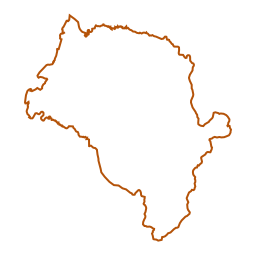 outline of Timbiquí, Cauca, Colombia
{"feature_id": "7082276B54920381077672", "entity_name": "Timbiquí", "entity_type": "district", "adm_level": 2, "iso_a3": "COL", "parent_name": "Colombia", "parent_adm1": "Cauca", "projection": "natural_earth1", "projection_center": [-77.548, 2.664], "detail": "fine", "context": "isolated", "style": "outline", "palette": "amber", "viewbox_px": 256, "rotation_deg": 0, "n_neighbors": 0, "source": "geoboundaries", "source_scale": "gbopen_adm2", "svg_char_len": 5689}
<svg xmlns="http://www.w3.org/2000/svg" viewBox="0 0 256 256"><path d="M193.6,190.1L194.4,189.3L194.8,187.5L195.3,186.6L194.6,183.4L195.3,182.0L195.3,180.0L194.8,179.0L195.2,177.1L193.7,175.3L193.2,174.3L192.9,172.3L193.0,171.0L193.5,169.9L195.1,168.0L195.9,167.6L197.0,167.5L197.6,165.6L197.9,165.2L198.8,165.6L199.9,164.3L201.7,162.8L202.0,161.5L201.1,157.9L201.5,157.0L205.4,154.4L205.9,153.3L207.2,152.1L208.0,152.0L210.2,152.3L210.7,151.8L210.9,150.8L211.6,149.6L212.0,147.4L211.4,146.8L210.4,141.4L209.4,140.0L209.7,139.1L212.0,138.5L213.0,137.6L214.7,136.9L217.0,137.5L219.3,137.0L221.4,137.4L224.1,137.2L226.3,136.4L228.9,135.3L229.4,134.7L230.5,132.6L230.6,131.1L231.0,129.7L229.9,127.8L229.6,126.0L228.7,125.7L227.7,126.2L227.4,125.7L228.1,124.5L228.3,122.8L229.3,121.1L229.4,119.3L227.7,116.6L226.2,115.1L223.6,113.8L221.0,113.5L220.0,113.6L219.3,113.9L218.3,113.1L215.3,112.3L213.7,112.8L212.8,117.1L212.2,118.2L209.6,120.6L208.8,121.9L204.9,124.2L203.3,126.1L201.1,125.8L199.9,125.3L198.4,124.3L198.2,123.0L198.5,118.6L197.4,117.2L197.1,114.7L196.0,113.2L195.6,112.0L192.6,107.5L191.0,102.6L191.1,100.5L193.1,95.9L193.3,94.3L192.4,89.8L191.7,88.4L191.7,84.8L189.9,81.0L189.1,78.5L189.0,77.6L189.9,74.7L192.5,70.5L192.8,67.3L193.8,65.7L193.9,64.6L193.4,63.5L192.1,63.1L190.2,60.7L190.1,56.9L189.6,55.6L188.8,55.2L187.7,55.3L186.9,56.0L186.5,57.8L185.5,58.0L184.6,57.2L183.1,54.9L179.6,54.7L179.1,54.4L178.7,53.1L179.1,50.1L179.0,47.4L178.0,46.7L174.2,46.6L173.3,45.6L172.8,44.3L171.8,43.9L170.4,41.9L169.6,41.4L169.1,39.9L168.5,39.6L167.6,39.8L167.1,39.7L166.6,38.1L166.5,37.0L166.0,36.6L164.9,36.7L163.4,38.6L161.5,39.0L156.0,36.6L154.1,36.2L152.4,35.1L151.3,35.6L150.2,35.4L149.4,35.6L148.0,33.8L146.8,33.2L146.4,32.5L145.9,33.1L144.8,32.7L143.1,32.7L141.7,33.5L139.9,32.7L139.4,33.2L138.7,33.2L136.8,32.8L135.0,31.7L133.0,31.5L131.4,30.2L130.3,29.9L129.3,29.3L128.0,27.9L126.8,28.3L126.3,26.4L125.3,27.5L125.3,28.2L124.3,27.9L124.1,28.4L122.7,28.3L121.7,27.3L122.0,26.8L121.1,26.4L120.2,26.3L119.8,26.8L119.0,26.6L118.3,27.4L117.9,27.1L117.6,26.4L117.2,27.2L116.9,26.8L116.0,27.2L115.5,27.0L115.7,27.6L115.0,27.7L115.1,28.6L114.7,29.0L113.0,28.2L112.1,28.5L111.7,28.3L111.7,29.4L111.0,29.0L110.6,28.3L110.8,27.9L110.2,27.8L110.4,26.6L109.8,26.6L109.8,27.2L109.5,27.4L108.4,26.7L108.1,27.6L107.9,26.2L106.9,26.3L105.7,25.7L105.0,25.8L104.1,25.2L103.6,24.4L103.2,24.4L102.7,25.3L101.2,25.7L100.0,26.4L98.6,26.1L97.2,26.2L96.0,25.4L95.2,26.5L94.7,28.3L92.2,28.8L92.2,30.8L91.4,31.8L90.5,32.0L89.8,31.7L89.3,31.2L88.9,30.0L88.2,30.0L87.7,30.7L87.6,31.5L87.8,32.1L88.8,33.0L88.7,34.2L88.4,34.6L87.9,34.7L86.9,33.2L86.1,33.2L85.9,34.4L86.5,35.3L86.7,36.0L86.2,36.5L85.6,36.5L84.8,35.5L85.3,34.5L85.2,32.9L82.3,31.9L80.8,30.4L79.6,28.6L79.0,26.8L78.1,22.1L74.6,19.0L69.7,15.4L69.2,19.9L68.2,21.1L67.9,21.1L68.0,20.6L66.6,20.8L64.1,25.8L63.3,27.2L62.8,27.5L62.1,29.2L62.7,30.1L62.5,30.5L62.7,32.1L63.3,32.6L64.0,32.6L64.1,32.8L62.7,33.6L61.5,33.5L60.8,33.9L60.0,35.2L60.2,37.4L60.0,38.2L60.5,39.0L61.5,39.3L58.7,49.2L58.3,49.3L57.7,48.9L57.1,49.1L57.2,51.3L56.2,55.8L54.9,58.6L54.7,60.2L53.9,60.7L54.0,61.7L53.2,61.9L53.0,62.6L53.1,63.2L52.3,64.2L49.3,64.8L48.0,64.6L46.5,65.1L39.5,72.4L37.5,75.6L37.8,76.8L38.6,77.7L40.2,76.9L42.7,77.4L44.9,78.5L46.8,78.7L47.2,79.3L46.9,79.8L45.2,82.1L45.0,83.2L43.3,84.5L42.5,85.9L42.1,86.9L42.1,88.4L40.2,89.8L37.3,88.0L35.6,89.4L32.1,91.1L31.8,90.6L31.4,90.9L30.5,90.8L30.9,89.2L30.3,89.0L28.8,89.7L27.5,90.9L27.2,91.6L26.0,95.1L25.0,102.4L25.4,103.4L26.1,103.5L28.5,101.9L28.7,103.1L28.1,104.2L27.7,105.8L28.0,106.6L27.8,107.1L27.9,107.6L26.8,110.4L26.7,111.7L27.5,114.1L29.2,115.6L29.3,116.3L29.8,116.7L29.2,117.4L30.5,118.3L32.4,118.3L33.1,117.5L35.4,113.4L36.8,113.2L38.3,114.1L39.1,114.2L39.8,113.7L41.0,112.1L41.7,111.8L42.4,111.8L43.1,112.3L43.5,112.9L43.5,114.9L43.1,115.5L41.2,117.2L41.0,118.1L41.4,119.3L42.6,120.4L43.4,120.6L43.9,120.4L45.0,118.6L46.4,117.5L47.7,117.7L48.4,118.7L49.0,118.7L49.0,116.8L49.3,116.5L49.9,116.5L50.4,117.1L50.6,118.0L51.5,118.5L51.4,119.7L51.7,120.0L53.4,119.8L54.3,120.5L55.2,120.4L55.7,120.8L55.7,121.2L56.3,121.3L56.8,122.3L57.9,122.4L57.6,122.8L57.9,123.7L58.4,123.7L58.5,123.3L58.8,123.3L59.3,124.5L59.6,124.3L60.2,124.6L60.5,125.2L61.2,125.3L61.4,125.8L62.2,126.4L62.4,126.1L62.5,126.3L62.8,126.2L65.5,128.0L66.3,128.3L67.1,128.2L68.6,126.9L69.0,126.2L72.9,126.4L73.4,127.8L74.8,129.1L75.8,131.0L76.4,131.6L77.8,132.0L78.5,133.6L78.5,134.7L79.8,136.6L82.2,136.8L83.0,137.1L83.6,136.8L84.4,137.4L85.4,136.9L86.3,137.7L87.0,137.7L86.5,139.1L87.7,139.0L89.0,139.6L89.1,146.1L89.3,146.2L90.4,145.7L91.0,145.7L93.3,147.7L95.3,148.1L96.9,149.7L97.5,154.5L98.4,158.5L98.5,160.7L100.7,169.1L101.3,172.3L104.7,176.8L109.4,181.8L113.9,185.1L118.6,185.5L122.5,188.3L126.1,189.4L130.2,192.7L131.7,193.3L132.4,194.5L133.2,194.8L134.6,194.7L135.4,193.1L138.2,190.3L139.0,190.0L139.6,190.3L140.4,191.2L140.9,192.7L141.1,195.0L141.7,196.1L144.7,196.9L144.7,198.0L144.3,199.8L144.5,201.6L143.6,203.8L143.9,204.4L145.1,205.2L146.1,207.3L146.2,208.4L145.5,211.9L144.5,214.0L145.3,215.7L145.4,216.8L145.1,217.9L144.3,219.3L143.2,222.0L143.0,224.4L144.5,226.0L146.0,226.1L147.0,226.7L149.8,226.6L151.4,227.2L152.9,228.4L154.1,228.8L154.0,229.8L152.8,231.2L152.8,232.3L152.0,233.6L152.7,235.5L153.4,239.0L153.9,239.3L156.4,239.6L158.2,240.6L161.6,239.9L162.2,237.0L163.5,236.9L165.2,236.2L167.1,234.5L168.0,233.3L170.5,232.5L173.9,229.2L175.9,227.8L176.9,227.8L178.3,227.2L179.9,223.1L181.7,220.4L185.5,216.6L187.0,216.0L189.5,213.8L189.8,212.3L188.1,209.9L187.5,208.2L187.2,204.6L188.3,202.2L186.9,199.0L186.7,198.1L189.0,192.5L191.1,191.1L191.9,189.8L193.6,190.1Z" fill="none" stroke="#b45309" stroke-width="2"/></svg>